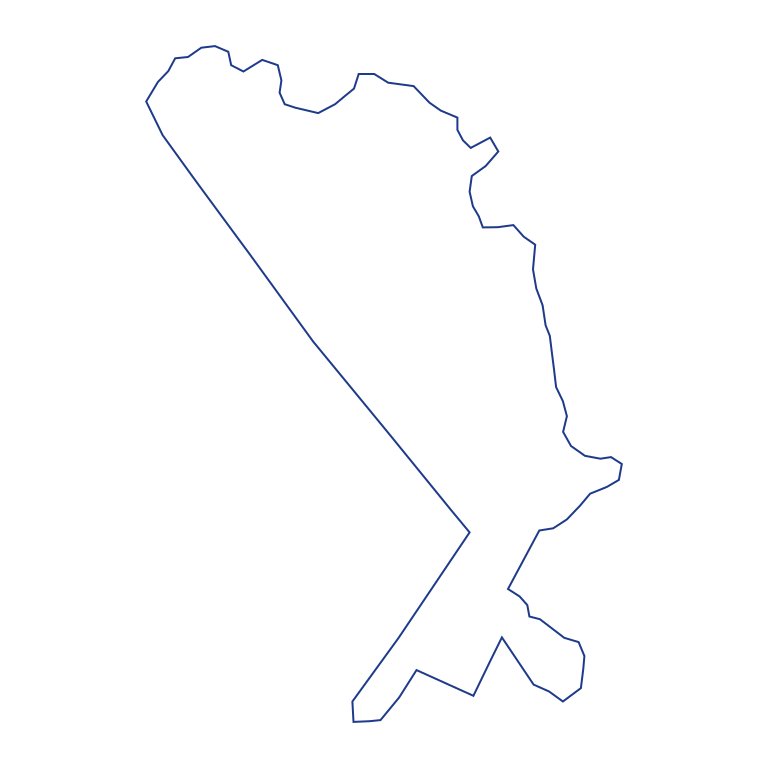 the district of Primavera, Pernambuco, Brazil
{"feature_id": "56859067B11110903525977", "entity_name": "Primavera", "entity_type": "district", "adm_level": 2, "iso_a3": "BRA", "parent_name": "Brazil", "parent_adm1": "Pernambuco", "projection": "mercator", "projection_center": [-35.383, -8.341], "detail": "fine", "context": "isolated", "style": "outline", "palette": "blue", "viewbox_px": 768, "rotation_deg": 0, "n_neighbors": 0, "source": "geoboundaries", "source_scale": "gbopen_adm2", "svg_char_len": 1296}
<svg xmlns="http://www.w3.org/2000/svg" viewBox="0 0 768 768"><path d="M352.4,701.5L353.5,721.9L369.7,721.2L380.5,720.1L399.2,697.4L416.5,670.1L473.4,695.8L489.8,661.9L501.9,637.4L533.6,684.6L549.1,691.5L562.9,701.5L580.9,688.1L583.3,668.7L584.4,656.0L578.6,642.1L564.2,637.8L539.9,619.2L529.4,616.5L527.3,605.1L519.7,596.5L508.0,589.0L539.3,530.5L553.2,528.3L566.9,519.4L580.2,505.5L590.1,493.7L606.9,486.9L618.9,479.9L621.8,464.0L611.0,457.1L600.4,458.7L584.9,455.8L571.0,446.0L563.1,431.9L566.9,416.2L562.9,401.2L556.1,387.1L553.9,368.5L552.1,354.4L549.8,335.8L545.6,325.3L542.6,305.3L536.3,288.5L533.0,269.4L535.2,244.7L523.7,236.7L513.4,225.1L497.7,227.2L482.8,227.4L478.8,216.3L472.9,206.3L469.6,191.7L471.8,176.0L485.7,166.0L498.3,151.5L490.2,137.6L470.7,147.9L463.0,140.4L457.4,129.9L457.4,117.6L440.8,110.6L429.5,102.7L413.6,86.1L388.2,82.7L374.2,74.0L358.7,74.0L354.0,88.6L344.8,96.1L335.1,104.2L318.2,113.1L295.3,107.7L284.7,104.2L279.6,92.7L281.4,80.4L277.8,65.2L262.2,59.9L243.4,71.5L231.2,65.2L228.3,51.8L215.0,46.1L201.3,47.7L188.0,57.0L175.2,58.3L168.3,71.1L157.9,82.0L146.2,101.5L162.6,135.1L192.5,176.5L204.0,192.2L239.8,240.8L249.2,253.5L313.1,341.5L354.0,391.2L390.4,435.5L451.1,510.1L469.6,532.4L398.5,638.0L352.4,701.5Z" fill="none" stroke="#1e3a8a" stroke-width="2"/></svg>